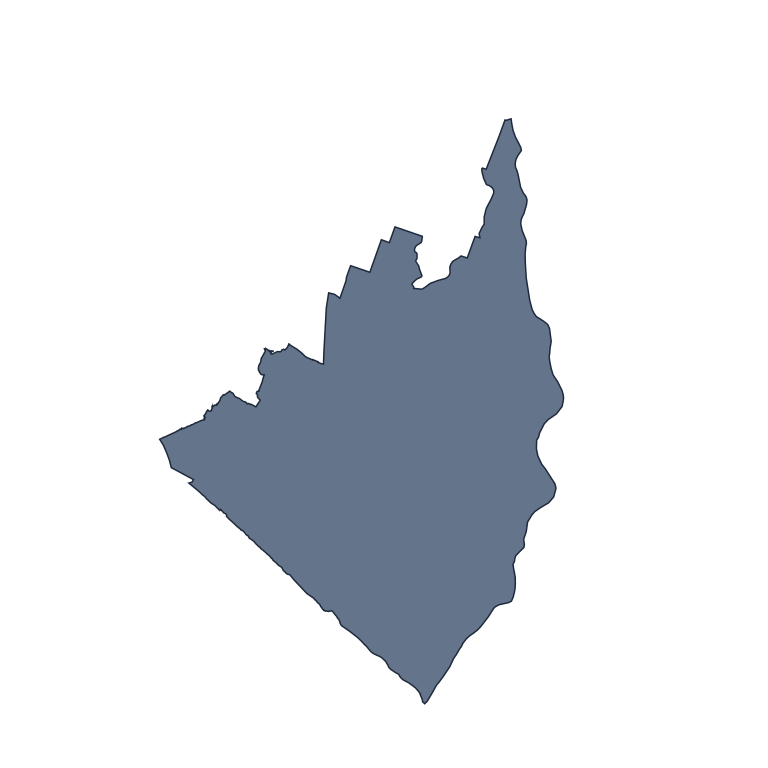 Chilia Veche, Tulcea, Romania (orthographic projection), rotated 108°
{"feature_id": "2599482B80107989575451", "entity_name": "Chilia Veche", "entity_type": "district", "adm_level": 2, "iso_a3": "ROU", "parent_name": "Romania", "parent_adm1": "Tulcea", "projection": "orthographic", "projection_center": [29.347, 45.324], "detail": "fine", "context": "isolated", "style": "filled", "palette": "slate", "viewbox_px": 768, "rotation_deg": 108, "n_neighbors": 0, "source": "geoboundaries", "source_scale": "gbopen_adm2", "svg_char_len": 6143}
<svg xmlns="http://www.w3.org/2000/svg" viewBox="0 0 768 768"><g transform="rotate(108 384 384)"><path d="M386.6,507.7L387.1,508.1L387.5,507.8L387.6,508.5L389.2,507.2L390.1,507.0L390.7,507.3L395.8,508.2L397.1,508.6L397.9,508.7L398.5,508.4L399.4,508.5L400.9,508.0L404.7,508.7L406.8,508.6L408.1,508.3L409.5,507.7L411.8,505.4L412.8,503.9L412.9,503.5L412.8,502.3L412.2,500.8L412.5,500.7L415.4,500.8L419.8,500.5L429.3,501.1L429.5,501.0L429.4,500.7L429.6,500.7L429.7,501.1L430.0,501.4L430.1,502.2L430.2,502.4L432.4,502.6L432.8,502.2L432.9,501.6L433.4,500.9L434.5,500.8L435.6,500.1L436.5,498.9L437.3,497.2L438.0,496.8L445.3,498.8L444.3,504.2L444.8,504.9L444.4,505.8L444.4,506.9L444.5,507.4L445.2,508.0L444.4,509.1L443.8,510.5L444.0,511.7L444.0,512.8L442.4,517.1L442.4,518.4L442.0,521.8L439.4,525.0L439.1,527.0L438.4,528.2L438.5,528.5L443.9,532.5L443.8,533.4L445.3,534.1L448.0,535.2L449.7,534.9L454.1,535.9L454.4,536.7L454.8,536.8L455.0,536.6L454.7,536.5L455.1,536.3L455.9,536.5L455.7,537.2L456.2,537.6L456.2,538.3L457.6,539.0L457.7,539.5L458.1,539.8L457.7,540.1L458.6,540.0L458.5,540.6L459.3,540.4L460.0,539.9L461.9,540.2L462.8,539.9L463.8,541.2L463.8,542.1L463.7,542.5L463.2,543.1L463.2,543.7L464.3,543.9L464.9,544.4L465.7,544.2L468.2,544.8L470.0,545.5L470.2,545.1L470.8,544.9L470.6,544.4L470.9,544.3L471.2,543.9L472.2,544.0L472.6,544.4L473.0,544.4L472.4,543.8L473.7,543.9L473.6,544.4L473.9,544.5L474.7,545.9L478.9,550.6L479.2,551.4L481.1,552.8L482.5,554.9L483.0,554.9L483.4,555.3L484.5,556.8L485.3,558.2L486.1,558.3L488.2,561.1L488.1,562.0L488.5,561.4L488.8,562.1L488.6,562.8L489.6,562.7L490.0,562.9L489.7,563.5L490.3,564.4L491.1,564.5L491.8,565.1L491.9,565.6L492.3,565.7L492.8,566.4L493.8,567.1L502.9,577.0L502.9,577.4L503.3,577.5L505.9,580.3L510.4,574.9L517.0,569.1L522.6,564.7L529.3,560.4L533.8,535.6L536.7,536.3L538.5,539.0L543.8,525.8L545.6,522.2L546.4,519.8L548.0,517.3L550.7,511.7L551.8,507.4L555.0,501.1L553.7,500.6L554.8,499.0L555.0,498.2L556.1,496.8L556.1,495.9L556.6,493.8L557.1,493.3L558.5,492.9L560.5,489.3L562.9,483.7L564.9,479.7L566.4,475.7L567.1,474.8L567.2,474.3L566.9,473.7L567.0,473.4L568.1,471.1L570.2,468.0L570.4,466.3L572.2,464.6L573.0,461.6L573.9,459.1L575.6,456.4L577.0,453.5L577.6,452.3L577.7,451.2L578.4,450.7L578.7,450.2L579.4,447.8L579.9,446.8L580.9,444.2L581.7,442.9L582.8,439.9L584.5,437.3L584.5,436.6L585.4,435.7L586.2,434.6L587.1,431.9L589.1,428.1L589.8,425.2L590.2,424.4L592.6,422.0L592.8,421.5L592.8,420.8L593.9,419.4L594.7,417.0L594.7,416.3L594.5,415.2L594.6,414.5L598.2,408.9L607.1,392.6L609.5,384.5L609.8,384.3L610.6,383.0L610.9,381.7L612.4,379.8L613.4,377.1L615.0,375.6L615.9,374.3L616.0,374.0L616.4,373.7L617.1,372.8L617.3,372.1L618.0,371.3L618.0,370.9L617.7,370.6L618.1,369.8L618.1,369.4L617.7,368.6L617.4,367.0L617.5,366.4L616.6,365.2L616.5,364.5L616.1,364.2L615.9,363.1L618.7,358.9L619.3,357.7L621.4,355.4L621.8,354.1L623.2,353.2L623.4,352.7L625.0,351.9L626.4,350.5L627.0,349.6L629.8,340.2L633.3,330.7L635.5,326.1L637.7,322.3L637.9,321.6L638.4,321.0L638.7,319.9L642.3,314.3L643.1,312.5L643.8,310.1L644.5,303.6L644.7,302.4L645.4,300.7L647.4,296.6L649.4,294.4L649.9,293.6L651.6,292.3L652.4,291.2L653.4,289.1L654.9,283.9L655.6,280.1L657.1,278.8L658.1,277.3L659.3,274.9L659.7,273.3L660.5,268.3L663.1,260.5L665.0,257.2L667.6,253.5L668.1,253.7L671.2,250.9L672.7,249.9L674.3,249.1L675.5,246.5L672.2,244.8L662.0,242.5L654.1,241.0L650.3,239.4L643.9,237.3L632.7,234.1L623.2,232.9L619.4,231.7L612.1,230.1L609.9,229.3L606.1,228.8L601.1,227.0L597.4,225.0L592.7,221.5L589.0,219.0L584.5,216.9L573.0,212.8L563.6,210.4L561.5,209.3L558.4,206.4L553.5,198.1L551.2,195.7L546.3,195.3L539.3,195.9L533.3,197.4L527.7,199.3L522.8,201.8L519.4,203.8L515.5,205.6L512.5,205.1L509.1,205.7L506.6,205.6L502.1,203.5L496.2,200.4L493.2,200.9L488.5,203.2L480.4,203.1L470.9,204.8L462.5,202.8L458.8,201.2L453.3,197.0L446.1,190.7L439.0,187.7L430.7,188.1L428.9,188.8L426.1,190.6L414.8,204.4L411.6,209.2L404.8,215.5L398.6,219.0L390.1,221.5L387.2,220.6L382.5,220.9L372.3,219.3L367.0,216.8L359.2,210.8L350.5,207.7L345.4,208.2L341.8,208.9L338.8,210.3L335.3,212.6L328.4,219.3L323.0,226.1L317.6,229.8L312.0,233.0L307.2,235.3L303.2,236.0L299.2,237.0L291.7,238.2L280.1,243.7L277.1,246.4L276.2,248.1L274.9,251.9L272.8,259.9L270.5,263.1L267.5,266.0L259.5,271.2L239.2,281.5L225.5,286.9L217.0,289.9L209.3,291.7L206.9,291.8L203.7,293.1L195.1,300.2L189.5,303.4L185.7,304.3L182.6,304.2L178.6,303.6L169.3,303.9L164.8,304.8L161.8,306.9L159.3,310.5L154.8,314.8L143.2,321.3L139.7,323.7L137.1,326.0L134.0,327.3L129.6,327.9L125.6,327.3L119.5,325.5L116.8,327.0L115.0,328.7L108.3,335.5L102.7,339.8L96.6,343.1L92.5,345.1L95.5,349.3L95.5,350.5L112.7,351.1L148.2,353.2L148.2,357.1L149.1,357.5L151.8,356.4L157.6,352.8L162.4,348.5L162.7,348.1L162.8,344.9L164.2,341.3L166.0,339.5L167.6,338.9L168.8,338.7L174.2,339.1L184.7,340.9L187.4,340.9L194.3,340.3L201.1,338.1L204.4,339.1L211.0,340.0L211.8,339.9L215.3,338.0L215.5,343.0L238.4,343.8L238.4,350.3L241.6,352.4L244.0,354.8L246.3,356.6L249.2,357.4L251.6,357.6L253.7,357.1L257.4,355.6L260.2,355.5L262.8,356.6L264.6,358.1L268.6,364.3L274.0,371.1L279.6,375.0L282.1,377.2L283.9,385.3L283.3,385.3L282.5,385.7L280.8,388.0L280.0,388.2L279.3,388.0L275.6,386.2L273.6,384.8L271.0,381.9L270.2,381.4L269.3,381.4L263.5,386.0L261.2,387.2L257.8,391.4L256.5,391.9L254.4,391.4L250.0,392.8L249.1,393.8L248.9,394.9L248.6,395.6L246.7,396.6L244.7,396.6L242.9,396.2L241.4,395.2L238.0,392.4L236.0,392.3L231.7,393.2L231.2,422.1L247.9,422.6L247.6,431.1L282.1,432.0L281.8,452.3L293.8,452.7L297.8,452.0L316.0,452.4L314.0,458.7L314.4,464.8L329.4,462.4L371.6,451.2L383.8,447.7L384.0,449.2L383.9,453.5L383.3,453.4L382.8,459.0L383.2,458.9L382.6,465.7L381.9,467.9L380.0,471.6L377.8,477.6L376.0,485.3L375.5,485.9L375.3,486.5L375.4,487.0L376.2,486.8L379.2,487.3L381.8,488.5L382.3,488.9L381.9,490.0L383.2,491.7L384.8,491.9L385.4,492.5L386.1,495.4L390.2,499.6L390.4,500.8L390.1,501.2L389.0,501.1L388.7,500.9L388.2,501.4L387.5,500.6L387.3,499.6L387.0,499.6L387.3,501.4L388.5,502.4L388.5,502.8L388.0,503.1L387.5,503.1L387.5,503.4L388.0,504.3L387.5,504.6L387.5,505.3L387.0,506.4L386.9,507.3L386.6,507.7Z" fill="#64748b" stroke="#1e293b" stroke-width="1.5"/></g></svg>